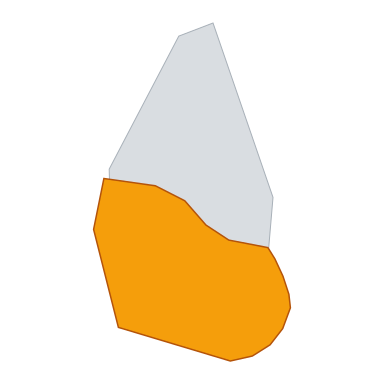 Montserrat, with Saint Anthony highlighted
{"feature_id": "MSR-5087", "entity_name": "Saint Anthony", "entity_type": "Parish", "adm_level": 1, "iso_a3": "MSR", "parent_name": "Montserrat", "parent_adm1": "", "projection": "robinson", "projection_center": [-62.171, 16.712], "detail": "fine", "context": "in_parent", "style": "filled", "palette": "amber", "viewbox_px": 384, "rotation_deg": 0, "n_neighbors": 0, "source": "natural_earth", "source_scale": "10m", "svg_char_len": 479}
<svg xmlns="http://www.w3.org/2000/svg" viewBox="0 0 384 384"><path d="M273.0,197.4L260.3,346.3L112.3,300.1L109.2,169.1L178.8,36.1L213.0,23.0L273.0,197.4Z" fill="#d9dde1" stroke="#a8b0b8" stroke-width="1"/><path d="M267.9,247.6L274.9,258.9L283.0,276.3L288.9,294.3L290.4,307.8L282.7,328.6L270.1,344.8L252.4,356.0L230.3,361.0L118.4,327.4L93.6,229.4L103.9,178.5L155.4,185.8L184.8,200.8L206.0,225.1L228.8,240.1L267.9,247.6Z" fill="#f59e0b" stroke="#b45309" stroke-width="1.5"/></svg>